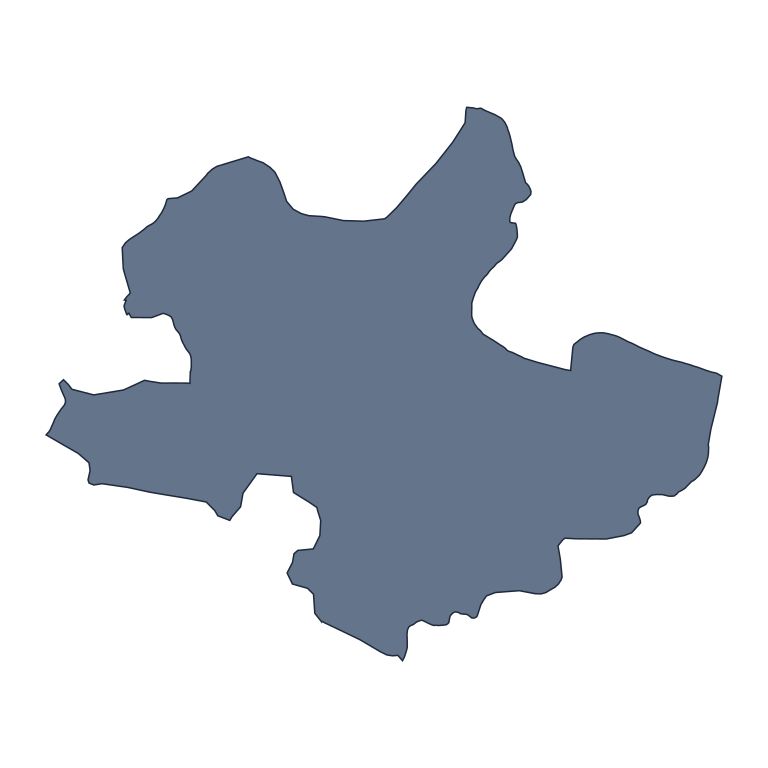 Mawiyah, Ta`izz, Yemen (orthographic projection)
{"feature_id": "15242507B40784737599464", "entity_name": "Mawiyah", "entity_type": "district", "adm_level": 2, "iso_a3": "YEM", "parent_name": "Yemen", "parent_adm1": "Ta`izz", "projection": "orthographic", "projection_center": [44.336, 13.613], "detail": "fine", "context": "isolated", "style": "filled", "palette": "slate", "viewbox_px": 768, "rotation_deg": 0, "n_neighbors": 0, "source": "geoboundaries", "source_scale": "gbopen_adm2", "svg_char_len": 6063}
<svg xmlns="http://www.w3.org/2000/svg" viewBox="0 0 768 768"><path d="M248.4,156.8L217.0,166.3L212.5,169.0L207.7,173.3L206.5,175.1L191.7,191.0L177.5,197.9L168.6,198.6L167.5,199.0L166.8,199.8L166.1,202.3L165.2,205.2L163.9,208.2L162.6,210.8L161.1,213.5L159.4,215.8L158.0,218.2L156.2,220.4L154.1,222.5L151.6,224.2L149.2,225.4L146.9,226.8L144.5,229.0L142.4,230.6L140.3,232.2L138.1,233.8L135.1,235.7L132.0,237.7L129.1,239.7L127.0,241.5L125.3,243.0L122.2,247.6L122.8,259.7L123.3,268.9L124.0,271.5L130.3,293.1L126.6,297.0L124.3,300.0L126.1,300.3L124.0,305.9L124.1,306.0L124.6,308.6L126.4,313.7L127.0,314.7L127.7,314.4L128.1,313.4L128.9,313.2L131.3,317.5L151.7,317.6L162.9,313.4L163.8,313.5L166.3,314.3L169.0,315.5L171.2,317.0L172.5,319.5L173.3,322.1L173.4,322.7L173.9,324.7L174.8,327.3L176.1,329.7L177.8,331.6L179.6,333.9L180.6,336.5L181.4,339.5L182.4,341.9L183.9,344.7L185.1,347.1L186.6,349.6L188.3,351.7L190.0,354.0L190.8,356.6L191.3,359.8L191.3,361.8L191.3,363.4L191.3,366.2L191.1,368.8L190.6,371.4L190.3,371.5L189.9,383.4L187.4,383.1L169.5,383.0L169.1,383.1L161.3,383.1L150.2,381.4L144.5,380.3L135.5,384.5L123.4,390.0L93.7,394.9L72.0,389.3L68.1,384.3L63.5,379.7L59.1,383.8L60.8,388.5L61.5,390.3L61.8,391.0L62.9,393.6L64.1,396.2L65.3,399.1L65.5,402.0L64.6,404.7L63.0,406.8L61.2,409.0L59.6,411.3L57.6,414.3L56.2,416.6L54.7,419.3L52.7,424.2L51.5,426.7L50.5,429.2L49.0,431.7L47.1,433.7L46.1,434.9L64.4,445.5L78.2,453.4L88.9,462.7L89.0,462.9L90.1,470.5L88.0,479.9L89.1,483.1L93.8,485.0L102.0,483.7L127.7,487.4L149.8,492.2L165.9,494.9L186.6,498.3L206.2,502.0L214.8,510.6L217.8,515.8L229.8,520.4L232.0,516.7L240.6,506.8L243.0,493.2L257.0,473.7L258.4,473.8L291.4,476.4L293.5,492.5L309.0,502.1L316.9,507.5L317.6,510.6L320.7,520.5L319.9,535.5L313.3,548.9L297.8,550.4L294.0,553.7L292.5,562.4L287.1,573.0L292.4,584.0L307.5,588.3L313.4,594.1L313.5,594.3L314.8,613.3L321.2,621.4L321.2,621.2L322.8,621.9L359.9,639.7L380.1,651.6L386.7,654.9L392.4,655.8L397.9,655.4L402.5,660.7L404.2,657.5L406.1,652.0L407.2,647.8L407.3,643.1L407.0,634.2L407.5,629.9L408.8,626.9L411.0,625.4L413.4,624.5L416.0,622.4L418.1,621.3L419.4,620.9L420.3,620.5L422.2,620.3L425.0,621.6L429.0,623.6L432.0,624.9L433.7,625.4L436.1,625.3L438.8,625.5L442.7,625.2L446.1,624.8L447.6,623.9L448.9,622.5L449.2,620.4L449.7,618.0L449.8,616.7L450.9,615.0L453.0,612.9L454.4,612.1L456.0,611.9L457.7,612.3L459.0,612.7L460.5,613.7L462.4,614.0L466.4,614.3L467.8,614.9L469.6,616.2L471.6,617.9L473.7,618.1L475.7,617.5L477.2,616.0L480.9,604.6L483.9,599.6L486.6,595.8L495.5,592.5L519.4,590.7L535.2,593.7L541.1,593.9L545.8,592.6L549.9,590.1L554.8,587.3L558.4,584.1L561.1,579.9L562.1,577.0L560.4,559.9L560.4,559.6L558.0,545.8L562.9,539.7L565.0,538.2L576.2,538.8L606.2,539.0L624.0,535.6L631.6,532.8L640.4,523.1L640.5,522.5L640.3,520.6L639.5,517.9L638.9,516.2L638.0,514.2L638.0,510.6L638.6,508.9L639.2,508.0L640.8,506.9L644.6,505.1L645.9,504.2L647.4,501.7L647.4,500.3L648.2,498.8L649.4,497.1L651.6,495.3L653.1,494.9L654.2,494.8L656.6,494.5L659.1,494.6L662.4,494.6L665.3,495.3L669.1,496.2L671.3,496.2L672.9,496.1L674.4,495.9L675.7,494.7L676.5,494.3L677.5,493.2L678.4,492.0L680.3,491.1L682.2,490.1L685.2,488.1L688.4,484.7L691.6,481.5L693.4,480.6L695.1,479.3L699.3,475.3L702.0,471.2L704.5,466.5L706.4,462.2L707.9,457.1L708.5,452.7L708.5,450.5L708.6,448.9L708.6,446.2L708.2,445.0L710.9,429.1L717.5,402.5L717.7,400.5L717.7,400.2L721.9,376.2L719.2,374.7L716.8,373.3L714.1,372.6L711.5,372.1L708.8,371.2L706.3,370.4L701.1,368.5L698.5,367.5L695.7,366.7L693.2,365.9L690.8,365.0L688.1,364.2L685.4,363.5L682.8,362.6L677.5,361.3L674.9,360.7L671.9,359.9L669.3,359.1L666.5,358.2L664.0,357.4L661.2,356.4L655.1,354.1L652.4,352.9L650.0,351.7L647.5,350.6L644.6,349.4L642.0,348.2L639.2,347.0L636.4,345.5L633.8,344.2L631.3,343.0L628.7,342.0L626.3,340.8L623.9,339.5L621.5,338.3L619.1,337.1L616.7,336.1L614.1,335.3L611.3,334.6L608.6,333.8L606.0,333.3L603.4,332.8L600.9,332.8L598.2,332.9L595.2,333.2L592.5,333.8L590.9,334.4L590.0,334.5L587.6,335.6L585.0,336.6L583.6,337.3L582.6,338.0L582.3,338.1L581.1,338.9L579.7,339.8L577.5,341.7L576.1,342.7L575.0,343.5L573.8,344.7L573.1,346.5L572.8,347.8L570.6,370.5L565.2,369.6L543.8,364.0L538.0,362.5L526.3,358.9L524.4,358.4L524.2,358.3L522.6,357.4L520.9,356.5L519.2,355.7L517.6,355.0L515.6,354.0L513.7,353.1L512.1,352.3L510.2,351.8L508.4,351.1L506.9,350.1L505.4,348.4L503.9,347.2L502.3,346.1L500.0,344.8L498.0,343.4L494.6,341.2L492.9,340.1L491.1,339.0L489.5,338.1L485.9,335.8L484.5,335.0L482.9,334.0L482.7,333.7L480.8,331.1L479.7,330.0L478.4,328.9L477.3,327.8L476.5,326.6L475.6,325.4L474.7,324.1L473.9,322.6L472.7,319.6L472.1,317.8L471.7,315.9L471.7,311.1L471.8,309.5L471.8,303.1L472.2,301.6L472.7,300.0L473.1,298.6L473.6,297.0L474.3,295.2L474.8,293.6L475.4,292.2L476.2,290.6L478.0,287.8L478.5,286.4L479.2,285.0L480.1,283.5L480.9,281.9L481.7,280.7L484.0,277.7L485.1,276.4L486.2,275.5L487.6,273.9L488.7,272.2L490.0,270.5L491.1,269.3L493.7,266.9L494.7,265.8L495.8,264.4L496.9,263.3L498.1,262.4L499.1,261.8L501.8,259.7L503.9,257.4L511.4,249.0L511.9,248.2L515.6,241.3L516.8,238.8L517.4,237.0L517.4,235.4L517.2,232.5L516.9,228.6L516.0,224.2L515.4,223.2L514.5,223.3L514.4,223.2L510.4,222.5L510.1,222.0L509.7,221.2L509.9,217.5L510.8,214.0L514.5,205.1L515.8,203.5L518.0,202.5L518.3,202.6L522.5,202.0L525.5,200.1L527.2,198.6L529.4,196.0L530.7,194.5L531.0,191.5L530.3,189.2L529.2,186.9L527.5,184.4L525.6,182.7L522.4,171.9L520.8,166.9L518.7,162.5L516.6,159.5L514.7,156.4L513.0,150.0L511.8,143.6L509.7,134.9L508.3,130.7L507.9,130.1L507.3,127.4L504.9,122.5L502.5,119.5L501.3,118.3L495.4,114.9L485.1,110.5L482.8,109.3L482.1,108.7L480.9,108.3L479.8,108.2L478.4,108.6L477.2,108.7L475.4,108.5L473.4,107.9L466.7,107.3L465.9,110.8L465.1,122.7L460.2,130.5L452.7,142.2L436.0,163.4L416.0,184.3L407.1,195.3L396.6,207.7L386.9,217.2L384.6,218.8L363.4,221.2L355.2,220.9L343.5,220.6L324.9,216.8L320.8,216.4L308.9,215.7L301.3,213.6L293.2,209.2L286.6,201.3L285.0,196.4L283.9,193.0L280.1,182.5L280.0,182.1L275.0,172.3L270.0,167.3L262.8,162.6L257.7,160.8L252.0,158.5L251.1,158.3L248.4,156.8Z" fill="#64748b" stroke="#1e293b" stroke-width="1.5"/></svg>